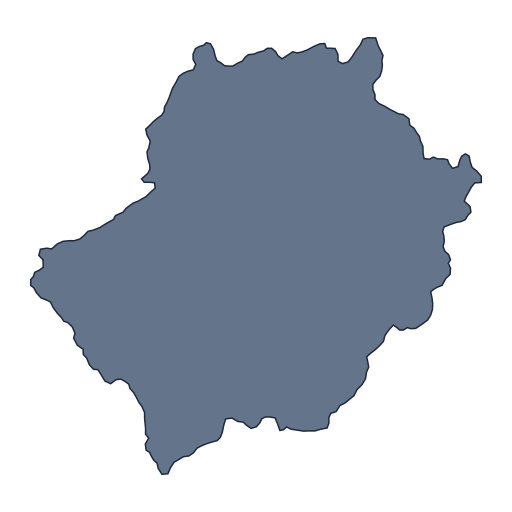 Franciscópolis, Minas Gerais, Brazil
{"feature_id": "56859067B40069037884515", "entity_name": "Franciscópolis", "entity_type": "district", "adm_level": 2, "iso_a3": "BRA", "parent_name": "Brazil", "parent_adm1": "Minas Gerais", "projection": "robinson", "projection_center": [-41.966, -17.999], "detail": "fine", "context": "isolated", "style": "filled", "palette": "slate", "viewbox_px": 512, "rotation_deg": 0, "n_neighbors": 0, "source": "geoboundaries", "source_scale": "gbopen_adm2", "svg_char_len": 3683}
<svg xmlns="http://www.w3.org/2000/svg" viewBox="0 0 512 512"><path d="M158.2,468.5L162.0,474.3L167.9,473.8L170.5,467.7L174.1,462.2L179.0,459.4L183.4,456.7L188.8,456.0L193.5,452.8L197.1,448.1L201.6,445.8L206.6,443.7L211.6,442.1L217.0,440.7L220.3,437.5L222.3,432.3L223.7,425.4L225.7,418.9L232.0,418.1L237.8,421.5L243.3,422.1L246.5,425.3L251.1,428.4L256.3,426.8L259.8,422.9L262.0,418.6L265.4,417.0L269.8,417.0L275.1,417.9L277.5,423.7L279.9,430.5L283.4,429.8L286.7,427.0L291.1,429.2L299.6,430.5L303.3,431.1L308.9,430.9L315.0,430.9L320.4,429.3L327.1,428.0L328.9,423.2L328.9,417.5L330.8,413.3L336.1,411.6L339.9,405.6L345.4,402.7L350.3,398.6L353.9,395.8L356.8,389.9L362.1,384.5L365.5,378.7L366.5,372.3L368.7,367.0L367.8,362.1L366.7,356.8L370.8,353.1L374.6,350.2L379.0,346.2L383.5,341.3L384.8,335.8L387.5,331.7L390.3,328.3L393.3,325.1L396.7,327.4L399.5,330.0L403.2,330.1L407.4,327.6L410.9,328.7L415.7,328.4L421.7,324.4L427.6,320.1L430.6,315.3L432.4,309.6L432.7,303.9L432.0,298.0L430.7,291.8L433.8,289.2L437.3,287.2L442.1,285.3L445.7,278.6L450.1,274.4L450.5,268.1L448.3,263.2L450.5,259.8L448.7,254.8L444.9,251.2L443.1,246.6L444.3,241.3L443.9,236.3L442.7,231.3L444.1,226.9L449.7,224.7L456.4,222.4L461.2,221.5L465.3,219.6L468.0,215.1L470.9,212.2L470.1,206.5L464.3,201.2L465.8,197.1L468.0,193.2L471.4,187.1L474.7,182.9L481.3,182.5L481.3,176.3L476.7,171.0L472.1,167.4L470.3,162.1L469.1,156.0L465.2,153.9L461.8,156.1L459.8,160.2L458.0,166.6L452.5,168.3L449.1,163.8L447.5,159.7L443.8,158.9L437.8,158.9L433.2,157.1L429.6,159.2L424.1,158.6L423.1,153.8L422.9,146.4L420.5,141.1L419.3,136.2L416.4,132.3L414.0,128.2L409.8,125.2L408.9,118.7L403.1,114.5L398.5,113.8L393.9,111.4L390.4,109.7L384.8,106.3L378.8,103.5L375.0,99.5L375.0,94.8L372.9,89.4L372.9,84.3L376.0,80.3L379.8,76.4L381.6,71.1L382.4,65.5L381.9,60.7L383.0,55.4L381.0,51.3L378.0,45.3L375.7,37.9L371.9,37.9L367.9,37.7L362.9,39.3L360.3,44.9L356.0,50.6L352.2,56.6L348.2,61.9L342.5,63.6L338.1,61.3L337.9,54.3L335.1,48.5L330.2,48.2L326.4,48.2L324.8,43.5L320.0,43.8L313.7,46.5L307.3,49.9L301.8,52.0L297.2,52.9L292.6,51.8L289.5,54.0L285.9,56.3L282.0,58.8L277.9,55.6L275.5,51.5L271.7,48.3L267.2,48.3L263.8,50.8L257.8,52.4L254.1,54.0L248.3,54.7L245.0,57.4L242.4,61.1L237.6,63.2L232.7,66.1L228.6,66.1L224.5,65.7L220.7,62.7L216.9,60.6L215.2,56.1L213.5,49.1L210.4,43.7L206.4,42.7L203.6,45.3L199.8,46.3L195.5,48.6L193.1,54.0L193.1,59.3L195.7,64.5L193.3,69.8L187.9,71.2L183.0,73.4L179.0,76.4L176.0,82.3L172.6,88.1L170.7,93.1L168.9,98.3L166.9,102.7L164.5,107.0L164.1,111.4L161.7,115.2L158.1,117.7L153.4,121.6L149.6,125.5L145.7,129.1L147.0,135.0L150.2,141.1L148.9,147.5L147.0,151.9L147.8,158.6L149.6,164.4L149.9,169.0L148.2,172.9L145.1,175.8L141.5,178.8L144.2,182.3L149.9,182.3L154.6,182.8L155.1,188.2L150.2,192.5L146.1,196.6L141.9,198.9L138.1,201.2L133.7,202.8L130.4,205.1L126.0,208.4L122.8,212.4L119.0,214.0L115.5,215.6L113.3,219.6L108.7,222.1L104.0,224.9L100.2,227.4L93.1,230.2L88.0,231.3L83.9,235.6L79.8,239.0L74.3,240.7L69.4,240.7L63.1,241.3L57.3,243.9L51.7,248.9L46.7,248.2L40.4,249.2L38.8,255.5L43.0,259.8L43.2,267.4L39.0,270.3L34.7,272.4L33.4,276.5L30.7,279.6L30.7,285.4L33.8,287.8L36.4,292.7L41.0,297.9L46.4,300.0L50.4,301.8L53.2,307.6L57.3,313.2L61.3,317.5L63.8,321.2L67.9,322.6L72.4,327.1L75.0,333.3L73.6,338.1L77.3,345.2L83.1,349.3L83.3,354.5L86.7,358.1L89.3,364.7L93.5,369.3L97.8,369.6L100.6,373.9L104.9,381.0L110.7,383.7L116.2,379.6L120.9,379.1L125.4,381.7L128.8,384.2L130.0,388.5L133.6,392.6L136.5,397.6L138.9,402.4L142.2,406.9L144.6,412.6L144.6,418.4L145.1,423.2L145.6,428.6L145.5,434.1L148.7,438.2L145.3,443.9L146.1,450.1L149.4,452.2L151.3,456.0L153.5,459.9L157.0,463.1L158.2,468.5Z" fill="#64748b" stroke="#1e293b" stroke-width="1.5"/></svg>